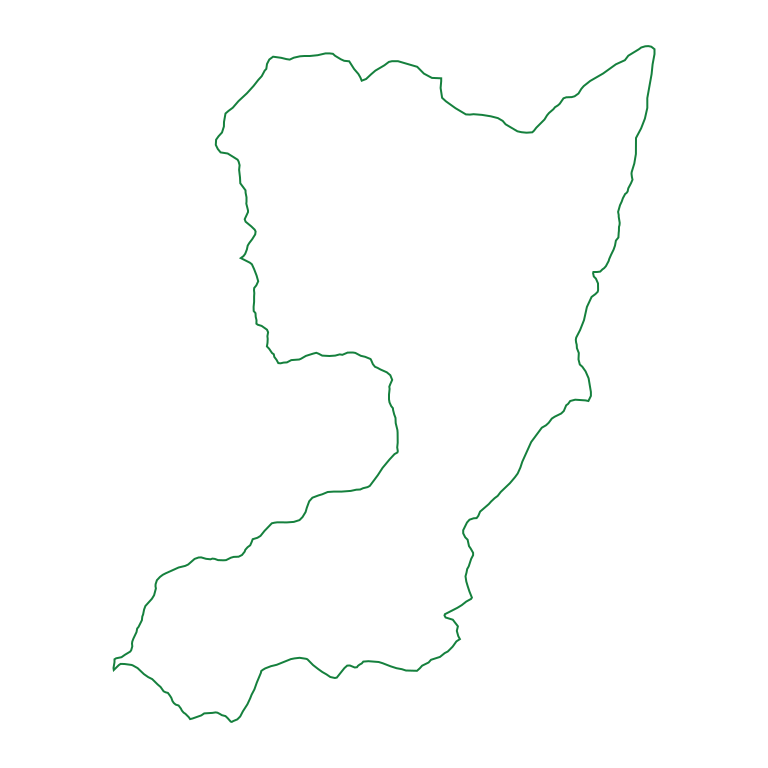 Dangchhu, Wangdi Phodrang, Bhutan (Natural Earth projection)
{"feature_id": "84629894B29332894979808", "entity_name": "Dangchhu", "entity_type": "district", "adm_level": 2, "iso_a3": "BTN", "parent_name": "Bhutan", "parent_adm1": "Wangdi Phodrang", "projection": "natural_earth1", "projection_center": [90.174, 27.6], "detail": "fine", "context": "isolated", "style": "outline", "palette": "green", "viewbox_px": 768, "rotation_deg": 0, "n_neighbors": 0, "source": "geoboundaries", "source_scale": "gbopen_adm2", "svg_char_len": 6063}
<svg xmlns="http://www.w3.org/2000/svg" viewBox="0 0 768 768"><path d="M231.8,721.9L233.4,721.0L237.3,719.4L240.2,716.5L242.9,711.3L247.4,704.3L250.2,698.3L251.6,694.7L254.4,689.4L256.8,682.6L260.9,672.8L261.2,671.1L262.7,669.9L265.2,668.4L270.9,666.2L276.7,664.8L290.9,659.1L294.5,658.4L299.6,657.8L306.1,658.8L307.4,659.3L313.0,665.0L318.0,668.9L322.3,672.0L326.5,674.4L330.3,677.0L334.9,678.0L336.8,677.6L344.4,668.1L347.2,665.6L349.9,665.5L354.8,667.5L357.0,667.2L358.0,665.8L359.6,664.6L361.8,663.4L363.3,661.6L368.4,661.2L378.7,662.0L382.6,663.2L390.6,666.3L396.5,668.2L401.9,669.2L405.9,670.5L417.0,670.8L419.8,668.3L422.1,665.7L428.6,662.5L431.0,659.8L440.0,656.9L444.7,653.1L447.8,651.5L452.6,646.7L456.4,641.4L459.9,639.1L458.3,636.2L456.8,630.9L457.9,626.3L452.8,619.7L445.6,617.5L444.5,615.5L444.9,614.2L457.4,607.8L461.8,605.1L466.2,601.6L471.1,598.9L471.9,597.6L469.4,591.4L467.7,586.2L466.3,581.5L465.5,576.3L466.5,572.6L467.2,569.0L468.7,566.4L471.2,558.8L473.1,555.2L473.1,552.8L470.6,548.4L469.0,546.1L467.6,539.7L465.2,537.3L463.2,533.3L463.2,530.2L467.0,522.5L469.5,519.7L473.6,518.3L476.6,518.1L478.3,515.9L480.1,511.6L488.8,504.1L491.1,501.5L494.6,498.2L497.7,495.9L500.7,492.0L509.9,483.2L514.9,477.3L517.7,473.5L520.4,467.5L522.3,461.7L531.2,442.0L541.8,427.7L546.0,425.3L548.7,422.8L551.8,418.6L554.7,416.7L561.2,413.5L563.8,411.0L566.2,405.3L568.1,403.9L570.2,401.0L575.2,399.7L585.5,400.4L588.4,401.0L590.9,395.9L590.9,392.0L588.6,378.3L585.6,371.4L582.3,366.7L579.8,364.5L578.5,359.4L578.8,353.0L576.9,348.1L576.7,344.7L576.1,342.4L575.8,339.8L576.2,337.6L580.1,330.0L584.0,320.1L586.9,307.0L591.6,296.9L595.5,294.0L597.7,291.8L598.1,290.1L598.0,283.4L595.9,278.6L593.8,276.5L593.1,273.2L593.4,272.0L597.0,272.0L600.2,271.6L602.4,269.4L604.1,268.2L605.9,266.2L608.6,261.1L609.3,258.8L611.1,254.7L613.6,249.6L615.0,245.6L615.9,240.6L618.4,237.5L618.7,232.6L618.9,231.0L619.0,226.8L619.5,225.2L619.7,222.9L618.7,216.7L618.7,215.0L618.1,211.9L620.0,205.2L621.7,201.6L622.9,198.2L625.2,193.9L626.4,193.1L627.6,191.5L628.3,188.3L631.0,183.2L632.5,179.7L631.9,176.9L631.5,173.7L631.7,172.0L634.3,163.5L635.9,154.0L636.0,138.0L641.1,128.4L644.9,118.6L647.3,107.9L647.3,98.1L651.6,74.1L652.6,64.3L654.5,54.1L654.5,49.2L651.3,46.7L648.4,46.1L645.2,46.3L641.2,47.5L639.1,49.1L628.3,55.7L624.9,60.2L615.9,64.3L603.1,73.5L590.1,81.0L583.7,86.1L581.3,88.9L578.5,93.5L574.6,96.3L571.7,97.1L566.3,97.3L563.5,98.3L559.7,103.8L557.9,105.4L555.0,107.2L553.4,109.2L549.0,113.0L547.0,115.4L544.5,119.5L536.3,127.7L534.0,130.7L532.3,132.3L526.5,132.7L521.5,132.2L517.4,131.3L505.6,124.3L502.7,120.9L497.9,118.1L490.8,116.3L482.1,114.9L473.6,114.2L469.9,114.6L465.9,114.4L455.5,108.2L445.9,101.3L442.1,97.8L440.6,88.0L441.2,81.1L441.2,78.3L431.9,77.9L423.9,73.6L417.2,66.8L398.0,61.2L392.0,61.2L388.9,61.9L384.4,65.3L375.4,70.6L371.1,74.3L366.1,79.0L361.7,80.7L360.4,77.5L358.4,74.0L354.1,69.0L349.2,61.3L344.2,60.8L340.9,59.3L335.1,55.8L332.9,53.8L329.6,53.4L325.5,53.4L317.7,55.2L309.8,56.0L304.3,56.0L300.0,56.3L293.8,57.7L289.7,59.6L286.4,59.1L281.1,57.8L273.1,56.7L269.3,59.5L267.0,64.0L266.3,68.9L264.7,70.6L261.7,76.2L258.3,79.9L253.6,85.9L246.9,93.3L238.5,101.1L232.8,107.7L228.5,110.9L225.5,113.5L224.0,121.9L223.9,126.5L222.0,132.5L218.6,136.2L216.1,139.7L215.8,144.9L217.8,149.0L220.6,152.4L227.7,153.5L237.6,159.7L238.6,161.5L239.6,165.2L239.1,169.8L240.0,177.4L240.3,183.3L245.5,190.3L245.6,192.8L246.5,197.3L246.5,201.8L246.3,203.6L248.0,210.4L248.0,212.1L244.7,219.2L245.6,221.7L251.3,226.4L254.7,229.7L255.6,231.5L255.2,234.4L252.2,239.2L249.3,243.0L247.7,245.6L246.9,249.4L245.2,253.8L243.5,256.1L240.8,258.1L249.9,262.7L251.9,264.3L254.1,269.1L256.6,275.6L258.2,281.3L256.3,285.4L254.2,288.0L254.0,290.2L254.3,293.1L254.1,296.7L254.1,301.9L253.6,306.9L253.7,311.0L255.5,313.2L255.7,316.8L256.5,320.2L256.4,323.7L257.7,324.7L261.6,325.9L267.0,329.7L268.1,332.3L267.4,336.2L267.7,338.9L267.5,342.9L266.9,346.4L269.1,348.7L272.0,353.0L273.8,354.3L274.3,356.9L276.5,359.8L278.3,363.1L280.6,363.3L283.5,362.6L286.9,362.4L291.3,360.1L299.2,359.5L300.9,358.8L305.9,355.9L313.2,353.6L316.3,352.8L318.6,353.7L322.2,355.6L329.4,356.0L335.2,355.6L339.7,354.4L342.4,354.8L347.6,352.6L352.8,352.5L355.3,352.9L360.8,355.8L365.1,356.8L370.5,359.0L371.1,360.0L372.9,364.2L375.0,366.8L377.4,367.8L380.5,369.5L386.8,372.3L390.3,375.2L392.2,379.9L390.3,384.1L389.3,386.7L389.6,388.9L389.0,394.5L389.0,399.4L389.5,402.4L391.2,406.1L392.9,408.2L393.1,410.1L394.2,414.4L395.5,417.9L395.7,423.1L397.4,430.0L397.6,432.6L397.7,442.8L397.2,447.4L397.8,451.1L397.4,452.5L394.5,454.1L389.6,459.4L382.6,467.8L377.8,475.2L369.8,485.9L367.6,487.1L363.1,488.2L360.2,489.5L356.3,489.7L350.8,490.9L341.5,491.6L333.7,491.6L327.7,492.0L322.2,494.3L318.5,495.4L312.4,497.7L309.2,501.3L306.8,507.8L305.6,512.0L302.5,517.1L299.5,520.1L293.8,521.9L286.9,522.4L277.4,522.3L274.4,522.7L271.8,523.3L264.5,530.9L260.5,535.9L257.4,537.8L252.7,539.2L251.7,541.9L250.2,545.3L247.6,547.2L245.3,549.8L244.7,551.6L242.0,555.0L238.6,556.7L233.7,556.9L230.9,557.7L226.1,560.1L223.6,560.3L218.0,560.1L214.8,558.9L212.4,558.6L210.5,559.3L206.0,558.8L201.2,557.4L198.6,557.5L194.6,558.9L188.2,564.5L185.2,565.9L178.6,567.5L165.7,573.3L162.8,574.8L160.0,576.9L156.9,580.2L155.6,584.2L155.5,586.3L155.9,588.4L154.1,595.2L151.9,598.8L145.4,606.0L144.1,609.5L143.1,614.5L142.3,616.5L141.9,620.2L138.5,627.0L137.2,628.5L136.5,632.1L133.4,638.6L132.3,641.5L132.0,643.6L132.3,646.3L131.2,650.2L130.2,651.6L124.9,654.8L121.5,657.2L116.1,658.3L114.5,659.3L114.5,662.2L113.5,668.0L113.8,670.0L118.8,665.1L120.6,663.9L124.5,664.0L131.3,664.9L132.6,665.3L137.6,668.1L143.9,674.1L148.2,677.1L152.2,679.1L157.6,684.4L160.6,687.0L163.6,691.3L165.6,692.3L167.9,692.9L169.9,695.6L171.3,697.8L172.5,701.1L173.8,703.0L175.7,704.6L178.6,705.5L180.9,708.6L181.9,710.6L183.6,712.6L185.4,713.8L188.8,717.2L190.1,719.1L192.5,718.5L201.3,715.4L204.2,713.4L212.3,712.9L215.6,712.4L217.5,712.7L220.5,714.3L221.7,715.1L225.5,716.1L227.7,718.2L230.7,721.6L231.8,721.9Z" fill="none" stroke="#15803d" stroke-width="2"/></svg>